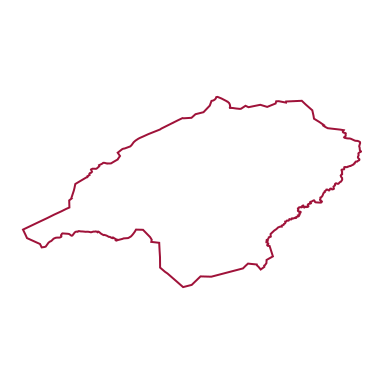 the district of Kalncempju pag., Aluksne, Latvia
{"feature_id": "27541924B44633250029767", "entity_name": "Kalncempju pag.", "entity_type": "district", "adm_level": 2, "iso_a3": "LVA", "parent_name": "Latvia", "parent_adm1": "Aluksne", "projection": "robinson", "projection_center": [26.892, 57.332], "detail": "fine", "context": "isolated", "style": "outline", "palette": "rose", "viewbox_px": 384, "rotation_deg": 0, "n_neighbors": 0, "source": "geoboundaries", "source_scale": "gbopen_adm2", "svg_char_len": 5977}
<svg xmlns="http://www.w3.org/2000/svg" viewBox="0 0 384 384"><path d="M183.1,287.1L191.7,284.9L200.5,276.4L211.3,276.7L243.0,268.4L245.7,265.7L248.0,263.6L256.8,264.5L257.0,265.4L258.4,266.7L260.7,269.5L264.3,266.9L264.2,265.7L264.6,265.6L266.4,263.2L266.6,259.9L272.9,256.4L269.6,246.0L267.7,245.8L267.2,245.2L267.4,244.6L268.1,244.4L268.3,243.7L267.9,243.4L267.8,243.0L267.4,242.5L266.4,242.3L266.4,242.0L267.4,241.8L267.7,240.9L266.9,240.6L266.6,240.3L266.7,239.9L267.5,239.6L268.0,239.2L268.6,238.1L268.8,237.6L268.8,237.3L269.6,237.0L270.3,236.9L270.8,236.6L270.6,235.3L270.6,234.0L270.7,233.9L274.3,230.5L276.0,229.4L277.4,228.2L277.6,227.9L278.0,227.5L279.9,226.7L281.7,226.6L281.6,226.0L281.7,225.6L282.2,225.4L283.0,225.2L283.2,224.9L283.7,224.7L283.9,224.0L284.6,223.7L285.3,223.0L285.4,222.5L285.2,221.6L286.3,221.4L286.6,220.9L287.0,220.5L288.1,220.7L288.6,220.6L289.2,219.8L289.3,219.2L289.5,219.1L290.5,219.4L291.1,219.5L292.0,218.8L291.9,218.4L292.2,218.3L292.6,218.6L293.3,218.5L294.5,217.9L294.8,218.1L296.0,218.0L296.1,217.9L295.9,217.3L296.1,217.1L296.6,216.8L297.6,216.7L298.7,216.2L298.6,215.9L298.2,215.3L298.5,215.2L299.1,215.2L299.5,214.9L299.7,214.3L299.4,213.9L299.4,213.5L299.8,213.4L300.3,212.9L300.6,212.5L300.6,211.9L300.0,211.6L298.6,211.5L298.0,211.0L297.9,210.5L298.3,209.7L298.2,209.3L297.9,208.8L297.9,208.4L299.1,207.7L299.1,207.4L300.3,207.1L301.1,207.3L301.7,207.3L302.1,207.1L302.0,206.7L302.2,206.0L302.8,205.8L302.9,205.6L303.1,205.5L303.3,205.5L303.4,205.8L303.5,206.3L304.0,206.7L304.1,207.4L304.2,207.5L305.3,206.7L305.7,206.8L306.1,207.1L306.7,206.9L307.4,207.0L307.8,206.9L308.4,206.4L308.4,206.2L308.1,206.1L307.9,205.9L308.0,205.6L307.7,205.3L307.7,205.0L308.4,204.0L310.4,203.6L310.9,203.3L310.7,202.7L310.1,202.3L310.2,202.0L310.8,201.7L311.7,201.5L313.6,200.4L314.2,200.4L314.5,200.8L314.7,201.3L315.0,201.9L315.6,202.3L316.4,202.4L320.1,202.6L320.8,202.6L321.4,202.4L321.9,201.6L321.7,201.3L320.9,201.2L320.9,200.6L320.0,199.9L320.0,199.6L320.4,199.0L320.5,198.6L320.3,197.8L320.4,197.5L321.5,197.0L322.5,195.7L323.5,193.1L324.8,192.1L324.6,191.4L325.8,190.5L326.5,189.9L326.5,189.6L327.0,189.5L327.8,189.8L328.6,190.4L329.3,190.4L329.7,189.8L329.8,189.2L330.0,189.0L330.3,188.7L330.8,188.6L331.3,188.7L332.1,189.4L332.7,189.3L333.6,189.1L333.9,188.7L333.7,188.0L333.5,186.6L334.3,185.9L334.9,185.5L335.1,184.9L334.9,184.4L335.1,183.9L335.7,183.4L336.1,183.3L337.6,183.8L338.2,183.8L338.6,183.6L339.7,182.3L341.0,181.6L341.8,180.4L342.2,179.7L342.1,178.0L341.2,176.9L340.7,175.6L341.0,175.1L342.1,174.4L342.2,173.9L341.9,173.4L342.0,172.7L342.2,172.0L341.6,170.5L341.6,169.8L341.9,169.6L344.0,169.3L344.3,168.8L344.2,167.3L344.5,167.1L345.9,167.0L346.5,167.2L347.2,167.1L347.7,166.7L348.2,166.7L348.7,166.5L349.3,166.1L350.6,166.0L350.9,165.7L351.4,165.5L353.5,164.5L353.7,164.0L354.6,163.5L354.7,162.8L355.1,162.6L355.3,162.3L355.6,161.7L355.8,161.6L356.3,161.5L357.1,161.6L357.7,161.0L359.2,160.2L359.4,159.7L359.3,159.1L358.1,157.9L357.9,157.4L358.0,156.5L358.6,155.5L358.6,154.7L358.4,154.0L358.4,153.4L358.6,153.1L359.5,152.4L360.8,151.8L361.0,151.5L361.0,151.4L360.3,150.9L359.9,150.2L359.7,148.7L359.7,148.0L359.4,146.9L359.2,146.4L359.3,145.7L359.6,145.0L359.7,144.4L360.1,143.3L360.1,142.8L360.0,142.2L359.8,141.9L358.4,141.2L357.5,140.9L355.6,140.8L354.8,140.6L350.9,138.8L349.8,138.5L347.3,138.4L344.9,137.9L344.3,137.6L344.1,137.3L344.5,136.9L345.6,136.0L345.7,135.5L345.6,134.3L345.8,133.4L345.5,133.1L343.8,132.7L343.3,132.5L342.9,132.1L342.8,131.4L342.9,131.0L343.7,130.4L343.8,130.2L340.1,129.6L327.7,128.2L325.4,127.0L323.4,125.7L324.0,125.2L319.4,122.0L314.0,118.7L313.5,115.7L312.3,110.3L305.8,104.6L301.8,100.8L286.1,101.5L286.0,102.6L278.8,101.2L276.2,101.3L275.6,103.5L267.2,106.9L260.3,104.8L248.5,107.2L245.5,105.8L241.1,108.7L240.0,108.9L236.1,108.5L232.8,108.0L229.9,107.9L229.8,107.6L230.2,106.4L229.8,104.5L229.1,103.0L228.3,102.4L227.7,101.7L227.3,101.5L227.0,101.5L226.5,101.1L221.5,98.5L217.6,96.9L216.3,97.1L215.7,98.6L214.5,99.8L213.2,100.5L211.5,100.9L209.8,105.6L203.5,112.2L195.5,114.2L191.5,117.8L183.6,118.3L182.5,118.1L177.5,120.5L161.3,128.6L160.0,129.5L148.4,134.1L142.9,136.6L139.7,138.0L138.2,138.8L135.5,140.6L133.7,142.2L131.6,145.1L130.3,146.4L124.6,148.5L123.3,148.7L122.3,149.1L117.7,152.7L120.0,156.0L117.9,159.0L117.8,159.4L113.3,162.0L112.3,162.6L111.2,163.3L110.9,163.4L108.8,163.5L107.8,163.4L107.2,163.6L107.0,163.4L105.7,163.2L104.8,162.9L103.7,162.8L103.1,162.9L102.6,163.4L101.4,164.1L99.0,165.2L99.3,166.2L99.2,166.3L97.0,168.3L96.4,168.7L95.7,168.8L92.6,168.7L91.1,169.4L91.0,169.5L92.0,171.8L91.2,172.7L89.8,173.2L89.3,174.0L89.6,175.0L87.5,176.2L87.7,176.7L87.4,177.0L87.3,176.9L84.2,178.7L75.3,184.0L74.5,187.9L73.8,190.7L71.2,198.6L71.4,198.7L69.2,200.4L69.4,207.5L66.2,208.9L61.4,211.3L54.0,214.7L47.2,218.1L38.7,222.1L23.0,229.6L25.7,235.2L27.0,238.1L40.0,244.0L41.7,247.4L44.4,247.0L45.7,246.6L48.5,242.7L49.9,241.6L50.9,241.2L51.6,240.7L53.6,238.7L55.6,237.8L57.1,237.6L59.3,237.6L59.9,237.5L61.1,236.9L61.3,236.7L61.4,236.3L61.4,236.0L61.0,235.3L61.0,235.2L61.5,234.6L61.9,233.8L62.3,233.5L62.5,233.4L68.1,233.8L69.3,234.1L71.3,235.6L71.7,235.7L72.4,235.5L74.7,232.5L75.2,232.1L75.7,231.8L76.3,231.6L77.7,231.8L78.2,231.2L78.5,231.1L79.1,231.1L80.7,231.4L83.0,231.5L85.7,231.8L87.1,231.7L88.7,231.8L91.0,232.3L93.4,231.6L95.1,231.6L95.7,231.4L97.2,231.8L97.4,232.2L97.6,232.3L98.2,231.6L98.9,231.9L99.7,232.5L100.8,233.5L102.6,234.6L103.7,235.1L104.3,234.9L106.6,235.6L108.9,236.9L109.9,236.9L111.4,237.8L112.8,238.2L113.0,238.1L112.9,237.5L113.1,237.5L113.5,237.7L114.4,238.4L115.3,238.8L115.4,239.1L117.0,239.6L116.9,239.9L116.1,240.5L116.3,240.6L118.1,240.0L122.4,238.9L123.6,238.4L127.9,238.1L128.5,237.9L131.0,236.4L132.3,235.0L133.2,233.9L134.8,231.7L136.0,229.6L143.0,229.8L150.1,237.1L151.7,239.7L151.3,241.9L159.2,242.8L159.6,250.8L160.0,257.1L160.1,267.6L165.0,271.8L167.5,273.5L183.1,287.1Z" fill="none" stroke="#9f1239" stroke-width="2"/></svg>